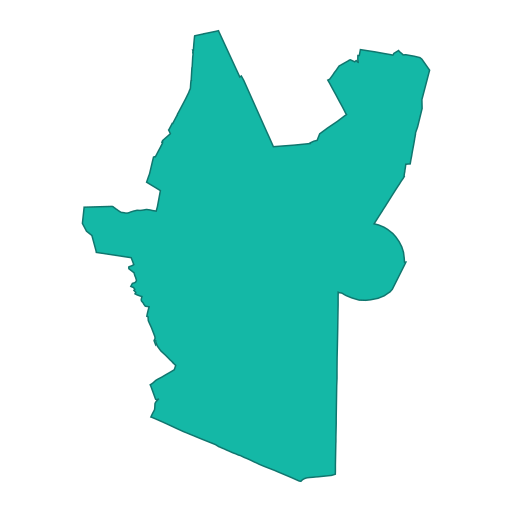 Ecatepec de Morelos, México, Mexico
{"feature_id": "50627088B37920296364691", "entity_name": "Ecatepec de Morelos", "entity_type": "district", "adm_level": 2, "iso_a3": "MEX", "parent_name": "Mexico", "parent_adm1": "México", "projection": "albers", "projection_center": [-99.051, 19.572], "detail": "fine", "context": "isolated", "style": "filled", "palette": "teal", "viewbox_px": 512, "rotation_deg": 0, "n_neighbors": 0, "source": "geoboundaries", "source_scale": "gbopen_adm2", "svg_char_len": 5972}
<svg xmlns="http://www.w3.org/2000/svg" viewBox="0 0 512 512"><path d="M96.3,252.4L131.2,257.7L133.8,264.6L132.6,265.3L132.1,265.6L131.7,265.8L128.9,266.8L128.8,267.1L128.8,267.6L128.7,268.0L128.9,268.5L129.0,268.9L129.3,269.1L129.7,269.3L129.9,269.5L130.3,269.9L130.7,270.2L131.0,270.4L131.3,270.6L131.7,271.0L132.1,271.2L133.0,272.0L133.6,272.4L134.0,272.6L134.2,273.5L134.4,274.1L134.7,275.1L134.9,275.8L135.6,277.4L136.0,278.8L136.4,280.0L136.4,280.6L136.2,281.0L135.6,282.1L134.8,282.6L133.8,283.0L132.4,283.4L130.8,286.4L132.6,287.2L133.4,287.4L134.8,289.3L133.9,290.4L134.5,291.0L135.5,291.9L135.8,292.3L135.0,293.8L137.1,294.9L140.1,296.0L141.9,296.5L141.2,299.6L141.4,300.8L142.5,302.2L143.2,303.0L143.8,304.2L145.3,306.2L149.1,306.8L149.0,307.2L148.4,309.3L147.4,313.3L146.8,316.3L147.7,316.7L148.0,316.9L148.2,317.2L148.1,318.3L148.3,320.7L149.3,323.0L151.5,327.8L154.1,334.6L154.8,336.4L155.1,338.2L154.8,339.1L154.2,340.2L155.5,340.9L154.3,341.3L155.6,344.7L156.3,343.4L157.0,345.3L157.3,345.9L157.7,346.6L158.6,347.8L159.2,348.7L161.1,351.2L162.0,352.0L164.3,354.1L165.2,354.9L166.3,356.0L168.3,358.0L170.0,359.8L172.9,362.4L172.7,362.6L175.1,364.8L175.7,365.3L175.1,367.3L174.2,369.8L169.7,372.5L166.5,374.3L164.3,375.6L162.0,377.0L160.3,377.9L158.3,378.9L155.9,380.3L155.2,380.9L152.9,383.0L151.5,384.0L150.2,384.8L150.9,386.3L155.6,399.3L156.3,399.6L157.5,399.5L158.2,399.1L158.8,398.7L158.1,399.5L155.9,401.9L155.5,402.4L155.4,402.8L155.0,403.6L154.8,407.4L154.7,408.4L154.6,409.1L154.5,409.8L152.9,412.8L152.1,414.4L150.9,417.0L151.3,417.1L153.5,418.0L163.1,422.2L177.1,428.7L181.3,430.6L183.0,431.4L202.5,439.4L215.5,444.6L218.8,446.7L220.0,447.1L220.8,447.5L222.4,448.2L224.2,448.9L227.1,450.3L228.4,450.8L232.6,452.7L234.2,453.3L235.2,453.6L236.1,454.0L236.8,454.3L238.3,455.0L240.5,455.6L243.9,457.3L245.3,457.9L246.2,458.2L249.4,459.6L251.1,460.4L253.5,461.6L254.5,462.1L255.8,462.6L257.9,463.6L258.8,464.1L260.0,464.6L263.3,466.0L265.8,467.0L269.7,468.5L271.5,469.2L273.0,469.8L274.6,470.4L276.8,471.4L287.5,475.9L292.2,477.9L299.1,481.0L300.9,481.3L301.9,480.3L302.3,479.9L303.0,479.4L303.6,479.1L304.5,478.6L305.3,478.3L306.3,478.0L307.0,477.8L307.8,477.7L308.9,477.6L309.7,477.5L312.4,477.3L316.2,476.9L318.0,476.8L331.5,475.4L333.8,474.7L335.3,474.2L335.4,471.4L335.4,470.5L335.4,464.8L335.8,443.5L335.9,441.6L335.9,437.1L336.2,423.5L336.2,418.2L336.7,385.6L337.0,378.4L337.0,369.2L337.1,357.6L337.4,345.0L337.7,329.9L337.9,316.4L338.1,304.7L338.1,296.1L338.2,292.2L339.3,292.7L341.6,293.0L342.8,293.6L344.0,294.4L345.1,295.0L346.2,295.6L351.5,297.8L355.1,298.9L359.2,300.1L365.8,300.3L370.5,299.8L378.0,298.3L384.2,295.8L388.3,293.0L389.9,292.0L392.3,289.3L404.1,265.8L405.9,262.1L404.5,262.1L404.2,258.0L403.5,252.3L401.8,246.9L399.2,241.8L395.8,236.9L392.9,233.6L387.6,229.4L384.0,227.2L378.7,225.0L374.1,223.8L377.5,218.4L380.7,213.4L382.2,211.1L383.0,209.7L385.7,205.6L386.1,204.9L386.9,203.6L387.9,202.1L388.1,201.7L388.5,201.1L389.3,199.8L390.4,198.1L390.9,197.3L391.5,196.3L393.8,192.7L395.7,189.7L398.1,186.0L398.7,185.1L399.2,184.4L401.1,181.3L403.0,178.6L404.3,176.5L404.0,176.2L404.1,175.9L404.3,174.2L404.5,172.9L404.7,172.2L404.8,171.5L404.9,170.4L405.3,168.0L405.8,164.2L406.6,164.2L407.1,164.1L408.3,164.0L409.1,164.0L410.2,163.9L410.9,159.7L411.6,156.2L411.7,155.6L412.1,153.0L413.7,144.5L414.6,139.3L414.8,137.7L415.0,137.2L415.2,135.7L415.5,134.1L415.5,133.4L415.6,132.6L416.2,130.9L417.6,126.9L422.1,108.5L421.9,99.6L429.6,70.2L421.9,59.2L419.9,57.6L414.1,56.2L405.6,54.7L405.1,54.8L403.1,54.9L402.9,54.6L402.5,54.2L401.1,53.0L399.4,51.6L399.0,51.1L398.6,50.5L396.3,51.9L394.2,53.2L393.8,53.5L393.5,54.1L393.2,54.8L392.7,55.1L390.4,54.6L384.0,53.5L374.7,51.8L367.4,50.7L360.4,49.6L359.3,55.5L357.9,55.5L357.8,59.2L358.0,60.7L358.2,62.3L357.8,62.2L356.2,60.6L354.7,61.8L350.4,59.8L349.9,59.9L349.2,60.2L348.0,61.0L339.1,66.0L336.0,70.5L334.4,72.5L333.0,74.7L331.4,76.9L329.7,79.2L327.8,80.1L328.7,81.7L329.2,82.5L329.8,83.6L330.5,84.9L331.4,86.6L332.6,88.8L335.9,94.8L339.4,101.4L342.1,106.3L344.7,111.3L345.4,112.8L346.5,114.6L344.4,116.0L344.2,116.2L336.9,121.7L327.1,128.3L326.9,128.5L319.7,133.8L317.5,139.4L317.1,140.4L314.1,141.1L313.6,141.3L310.1,142.9L310.3,143.5L305.5,144.0L300.4,144.5L299.5,144.6L294.4,145.1L293.2,145.2L283.9,145.9L273.4,146.7L269.3,137.5L267.8,134.2L267.1,132.7L243.8,80.5L241.3,76.0L239.8,77.0L218.6,31.1L218.5,30.7L215.9,31.3L209.2,32.7L204.7,33.6L203.5,33.8L202.8,34.2L202.6,34.1L194.7,35.8L194.6,36.0L194.3,38.9L193.8,44.4L193.5,48.5L193.4,50.2L192.7,50.1L192.8,50.4L193.1,51.0L193.0,51.3L192.9,51.6L192.8,51.8L192.8,52.3L192.8,52.6L193.1,52.5L193.1,53.9L192.7,57.3L192.2,66.6L191.9,67.8L191.2,79.9L191.4,80.4L191.0,80.6L190.7,83.5L190.4,88.4L190.2,88.7L190.1,89.5L189.7,89.9L188.7,92.6L187.7,94.6L185.6,98.9L178.3,112.7L177.8,113.5L177.3,114.5L177.3,115.4L177.0,115.5L176.8,115.8L176.2,116.9L175.2,118.8L173.2,122.6L172.7,123.5L172.2,123.4L171.5,124.8L168.9,129.7L168.6,130.0L169.2,131.1L170.4,133.7L170.1,134.0L162.9,140.3L162.5,140.7L162.5,140.9L162.6,141.5L162.4,141.6L162.1,141.8L161.9,142.0L161.8,142.3L162.2,142.7L162.6,142.9L161.8,144.6L161.0,146.0L160.6,146.9L158.6,150.6L156.8,154.1L155.8,156.0L155.3,156.8L154.6,156.7L153.5,157.1L153.2,158.4L152.7,160.4L149.7,173.2L149.3,174.6L148.7,176.1L146.6,182.2L160.4,190.6L157.4,206.7L156.2,211.1L153.0,210.6L151.8,210.4L151.1,210.2L149.7,209.9L149.1,209.8L148.0,209.7L147.0,209.5L146.4,209.5L145.1,209.7L144.3,209.9L143.4,210.0L142.3,210.2L140.6,210.4L139.6,210.4L138.8,210.4L138.1,210.3L136.9,210.3L136.1,210.5L134.9,210.8L133.8,211.0L132.9,211.3L131.6,211.7L130.9,211.9L129.0,212.7L127.7,213.0L127.1,213.1L126.5,213.1L125.2,213.0L124.0,212.7L122.5,212.5L121.8,212.5L121.0,212.3L120.3,211.9L119.1,211.1L117.7,210.2L116.6,209.3L115.8,208.9L114.8,208.0L114.1,207.6L113.2,206.8L112.7,206.6L112.1,206.4L84.1,207.2L84.1,207.6L82.4,223.4L86.5,231.2L91.9,235.5L96.1,251.1L96.3,252.4Z" fill="#14b8a6" stroke="#0f766e" stroke-width="1.5"/></svg>